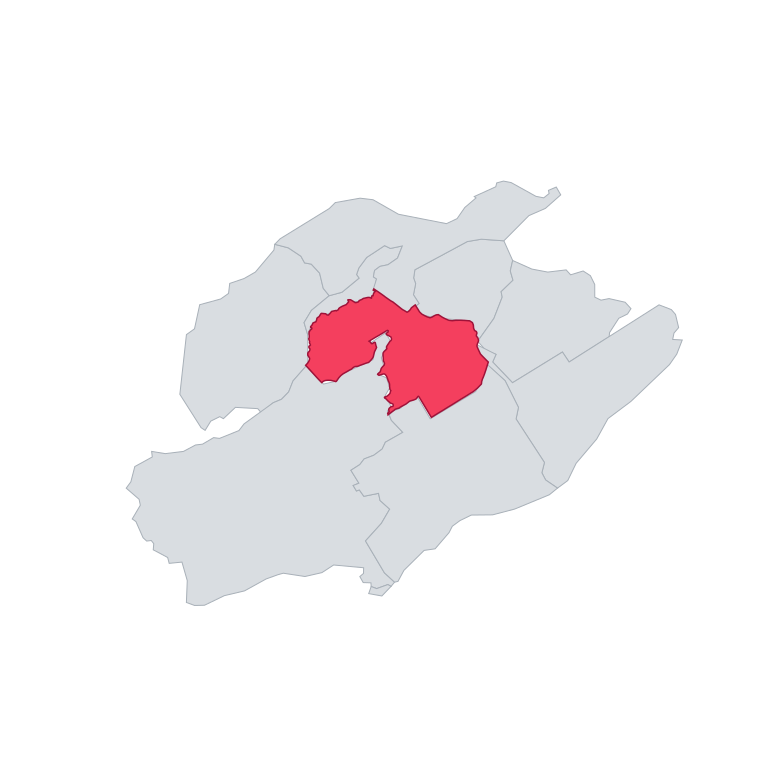 map of Zambia with United Republic of Tanzania, Democratic Republic of the Congo, Zimbabwe and 5 others greyed out, rotated 239°
{"feature_id": "ZMB", "entity_name": "Zambia", "entity_type": "country or territory", "adm_level": 0, "iso_a3": "ZMB", "parent_name": "Africa", "parent_adm1": "", "projection": "equal_earth", "projection_center": [28.807, -13.118], "detail": "fine", "context": "with_neighbors", "style": "filled", "palette": "rose", "viewbox_px": 768, "rotation_deg": 239, "n_neighbors": 8, "source": "natural_earth", "source_scale": "50m", "svg_char_len": 9281}
<svg xmlns="http://www.w3.org/2000/svg" viewBox="0 0 768 768"><g transform="rotate(239 384 384)"><path d="M480.3,203.7L528.1,240.1L528.9,250.0L546.9,266.9L541.0,287.8L541.7,297.4L549.7,303.6L546.5,318.2L546.2,331.4L555.5,358.6L560.0,362.3L550.0,372.1L536.2,378.6L528.7,378.3L524.2,383.4L512.2,385.9L497.3,381.2L487.9,382.5L484.5,359.7L477.8,347.1L465.6,344.0L440.3,328.9L433.5,307.6L426.3,298.2L423.7,288.3L425.0,279.5L422.7,263.9L427.9,263.1L440.5,244.6L437.0,228.5L440.6,226.4L441.4,216.4L436.4,206.8L440.8,204.7L480.3,203.7Z" fill="#d9dde1" stroke="#a8b0b8" stroke-width="1"/><path d="M421.9,243.5L425.0,279.5L423.7,288.3L426.3,298.2L433.5,307.6L440.3,328.9L435.3,327.2L415.1,332.1L411.6,342.9L414.4,350.3L410.6,387.1L422.7,396.7L426.1,393.6L427.1,411.7L417.6,411.6L407.9,395.2L398.3,392.8L395.5,384.0L387.9,389.3L377.9,387.0L373.7,379.4L359.9,378.2L359.2,373.0L349.1,371.6L332.9,375.2L333.4,355.2L329.2,348.9L328.2,338.5L330.0,328.4L327.4,321.8L327.1,311.2L311.9,311.4L312.9,305.3L306.5,305.3L305.9,308.3L298.1,308.9L293.1,323.0L286.2,320.6L273.8,324.4L265.9,310.0L259.0,287.3L221.9,287.1L208.7,291.0L206.9,285.8L210.1,284.0L212.4,272.3L217.0,268.7L220.3,270.4L224.5,263.9L231.4,264.1L232.2,268.9L237.0,271.9L254.8,247.6L254.3,233.6L259.7,217.1L273.7,200.2L275.2,194.7L277.6,182.6L278.5,157.9L284.8,138.2L286.8,116.2L291.7,107.6L298.5,102.1L316.8,114.1L335.4,119.1L340.9,107.5L346.7,109.2L360.7,100.8L365.7,104.4L369.7,103.9L371.6,99.7L376.3,98.3L393.8,100.5L398.0,98.7L405.6,112.7L411.3,114.7L427.5,109.4L430.5,116.6L441.6,127.9L440.8,147.8L445.9,150.1L437.0,160.6L429.5,177.4L428.8,191.0L425.9,197.5L425.8,210.3L422.1,215.0L418.8,235.7L421.9,243.5Z" fill="#d9dde1" stroke="#a8b0b8" stroke-width="1"/><path d="M445.0,560.5L423.6,557.9L415.9,550.5L406.5,548.0L402.8,531.9L397.6,530.1L383.6,512.0L372.4,486.3L394.3,489.6L411.8,465.3L416.3,464.0L417.8,458.2L424.8,451.6L434.2,449.3L435.0,455.5L445.3,455.2L453.7,462.8L459.6,464.0L466.0,469.3L463.2,528.7L458.0,542.0L445.0,560.5Z" fill="#d9dde1" stroke="#a8b0b8" stroke-width="1"/><path d="M423.6,557.9L406.4,569.9L395.6,582.0L388.0,598.9L381.5,600.2L378.3,612.9L370.6,616.7L360.8,615.9L349.9,609.4L344.1,613.2L341.3,620.9L329.9,632.8L321.4,634.5L318.6,628.8L319.4,619.1L311.9,603.8L308.6,601.4L307.5,554.0L319.5,553.4L318.9,494.8L346.9,488.5L351.7,495.3L359.5,488.8L372.4,486.3L383.6,512.0L397.6,530.1L402.8,531.9L406.5,548.0L415.9,550.5L423.6,557.9Z" fill="#d9dde1" stroke="#a8b0b8" stroke-width="1"/><path d="M307.5,554.0L310.2,660.5L299.8,668.6L293.5,669.7L280.6,665.6L278.3,658.8L273.5,654.4L268.1,662.3L258.8,650.3L253.6,638.7L241.9,586.6L239.0,558.2L227.3,538.0L217.1,507.9L206.6,491.8L205.4,479.1L218.5,473.1L226.6,473.6L234.1,481.1L286.0,479.2L294.7,487.2L324.5,489.5L357.1,479.0L365.2,480.0L370.0,483.7L351.7,495.3L346.9,488.5L318.9,494.8L319.5,553.4L307.5,554.0Z" fill="#d9dde1" stroke="#a8b0b8" stroke-width="1"/><path d="M465.6,344.0L477.8,347.1L484.5,359.7L487.9,382.5L484.3,395.3L487.6,417.1L491.9,416.8L496.4,422.2L501.4,434.3L502.3,455.8L496.9,459.3L492.9,470.8L485.0,460.5L484.2,448.8L486.9,441.1L486.2,434.4L481.3,430.1L477.9,431.7L464.3,419.3L468.2,403.8L472.1,397.9L469.8,384.0L474.6,365.8L471.4,351.5L465.6,344.0Z" fill="#d9dde1" stroke="#a8b0b8" stroke-width="1"/><path d="M487.9,382.5L497.3,381.2L512.2,385.9L524.2,383.4L528.7,378.3L536.2,378.6L550.0,372.1L560.0,362.3L562.0,369.8L562.6,427.5L564.6,435.7L555.6,459.2L547.6,469.5L522.1,483.8L489.3,520.1L488.1,531.8L493.7,544.2L496.1,558.7L498.2,557.9L495.5,581.4L498.3,584.2L496.4,590.9L491.2,596.7L466.6,610.9L461.3,616.8L462.2,623.6L465.3,624.7L464.1,633.1L455.1,632.9L451.4,612.9L453.7,594.9L445.0,560.5L458.0,542.0L463.2,528.7L466.0,469.3L459.6,464.0L453.7,462.8L445.3,455.2L435.0,455.5L433.1,437.4L470.8,423.7L477.9,431.7L481.3,430.1L486.2,434.4L486.9,441.1L484.2,448.8L485.0,460.5L492.9,470.8L496.9,459.3L502.3,455.8L501.4,434.3L496.4,422.2L491.9,416.8L487.6,417.1L484.3,395.3L487.9,382.5Z" fill="#d9dde1" stroke="#a8b0b8" stroke-width="1"/><path d="M217.0,268.7L212.4,272.3L210.1,284.0L206.9,285.8L203.4,273.0L212.2,262.9L217.0,268.7ZM208.7,291.0L221.9,287.1L259.0,287.3L265.9,310.0L273.8,324.4L286.2,320.6L293.1,323.0L298.1,308.9L305.9,308.3L306.5,305.3L312.9,305.3L311.9,311.4L327.1,311.2L327.4,321.8L330.0,328.4L328.2,338.5L329.2,348.9L333.4,355.2L332.9,375.2L349.1,371.6L354.8,372.6L356.2,377.8L354.8,385.9L357.1,393.8L355.2,400.1L356.3,405.9L330.4,405.7L330.4,458.8L347.1,482.8L324.5,489.5L294.7,487.2L286.0,479.2L234.1,481.1L226.6,473.6L218.5,473.1L205.4,479.1L203.9,468.7L209.5,431.6L215.9,409.7L226.7,391.3L227.8,378.8L226.9,369.3L223.1,363.2L216.4,342.9L220.7,332.7L214.0,305.1L207.6,294.3L208.7,291.0Z" fill="#d9dde1" stroke="#a8b0b8" stroke-width="1"/><path d="M435.7,451.5L433.9,451.5L430.7,451.6L427.5,451.6L424.5,452.4L422.0,453.8L419.0,455.8L418.1,456.7L417.3,457.3L416.9,458.1L416.6,459.9L416.6,462.6L416.3,464.5L415.5,466.3L411.0,468.5L408.1,470.3L405.2,472.4L403.1,475.1L401.6,478.4L399.1,482.6L396.7,486.2L394.0,490.0L391.1,491.4L388.6,491.0L385.6,489.5L383.2,489.2L381.4,490.2L379.8,489.9L378.3,488.3L377.0,487.8L376.0,488.2L374.7,488.1L372.3,487.3L370.2,484.6L369.1,483.5L368.3,483.1L365.8,482.7L360.1,482.1L359.6,482.2L357.2,482.7L354.3,483.4L351.8,484.0L349.1,484.7L346.7,482.0L343.8,478.8L340.9,475.4L338.7,472.6L337.6,471.0L335.7,468.9L334.3,467.9L333.8,467.4L332.3,461.9L331.5,456.7L331.5,452.9L331.4,447.5L331.4,442.2L331.3,436.8L331.2,431.5L331.2,426.1L331.1,420.8L331.1,415.4L331.0,410.0L331.0,407.4L333.9,407.4L337.1,407.4L340.5,407.4L344.2,407.4L347.9,407.4L351.6,407.4L354.2,407.4L354.9,407.4L355.7,407.2L355.8,406.7L354.7,404.0L354.7,403.1L355.0,401.3L355.4,399.7L356.0,397.7L356.0,396.5L355.5,392.6L355.6,390.4L355.7,388.1L355.8,386.0L355.6,384.5L355.8,383.7L356.2,382.5L356.4,381.2L356.6,380.6L356.5,380.1L356.3,379.1L356.1,376.9L355.8,373.8L355.5,371.6L356.0,371.8L356.9,372.0L357.4,373.0L357.7,374.2L358.3,374.3L359.9,375.0L360.5,376.0L360.9,378.1L360.7,379.2L360.2,380.0L360.7,380.8L361.8,381.3L362.5,381.2L364.3,379.7L365.1,379.5L366.0,379.2L366.9,378.8L369.4,378.2L370.8,377.9L371.5,377.4L372.1,377.4L372.5,377.8L372.1,379.3L372.0,380.6L372.5,383.1L372.9,384.3L373.7,385.1L374.2,385.6L374.9,386.5L376.2,386.3L379.2,387.6L380.1,388.2L381.3,388.8L382.2,389.0L385.2,389.4L386.4,389.7L388.4,390.1L390.1,390.2L391.3,390.0L392.1,389.7L392.6,389.2L392.8,388.9L393.2,387.7L393.8,385.0L394.0,384.2L394.7,383.8L395.5,383.5L395.9,384.0L396.4,387.0L398.8,389.7L399.6,391.9L400.1,393.9L400.6,394.4L401.5,395.1L402.9,395.3L404.2,395.4L406.8,396.8L408.9,397.9L410.4,398.7L411.1,399.3L411.6,400.3L411.9,401.1L412.3,403.1L412.8,404.6L413.6,404.9L414.4,405.1L415.1,406.1L415.6,407.1L416.7,409.4L417.5,411.0L417.7,412.5L418.6,413.6L419.8,414.0L420.9,414.1L421.6,413.6L423.2,412.8L424.4,411.9L425.3,411.6L425.9,411.7L426.3,412.4L426.5,413.6L426.5,414.3L427.4,415.0L428.1,414.7L428.3,414.0L428.3,413.6L428.3,410.2L428.3,407.2L428.3,404.5L428.4,401.1L428.4,398.2L428.4,395.7L428.4,393.2L427.8,393.4L427.1,393.9L425.4,394.0L424.8,394.4L424.6,395.1L424.7,395.9L424.7,397.1L424.5,397.6L423.8,397.8L422.7,397.4L420.8,396.8L419.2,396.5L418.1,394.9L416.6,392.6L415.6,391.5L413.1,389.1L412.7,388.6L412.0,387.4L411.3,385.5L411.0,384.3L410.7,383.3L410.4,381.9L411.0,379.8L411.8,375.6L412.4,372.7L412.7,370.5L413.9,368.2L414.0,366.2L413.5,363.6L413.7,362.2L413.7,358.6L413.8,355.6L413.8,354.1L413.5,351.5L412.7,348.7L410.9,344.7L410.9,343.9L412.0,342.9L413.6,341.3L414.5,340.3L415.4,338.9L415.9,338.2L416.8,336.5L417.4,335.0L417.6,333.2L417.2,331.4L418.1,331.1L421.2,330.4L424.5,329.7L428.1,329.0L431.6,328.3L435.1,327.6L438.3,326.9L440.4,326.5L440.7,327.7L441.4,329.7L442.2,331.2L443.1,332.5L444.0,333.3L444.5,333.5L447.9,333.5L449.2,334.2L450.2,335.2L450.5,336.8L451.2,337.8L452.0,338.5L452.3,338.6L452.9,338.5L453.8,338.4L454.6,338.8L455.0,339.1L455.1,340.4L455.3,341.0L456.5,341.2L457.7,341.3L458.8,342.2L460.1,342.4L461.5,342.7L462.2,343.7L463.7,344.7L465.5,345.5L466.9,346.5L467.6,347.0L467.6,347.4L467.9,348.3L468.3,348.9L468.3,349.8L468.5,350.6L469.0,350.8L469.5,350.9L469.9,350.3L470.4,350.3L471.0,350.7L471.2,351.6L471.7,352.9L472.4,353.8L472.9,354.6L472.7,356.2L472.4,357.6L473.4,359.0L474.8,360.3L475.1,360.9L475.2,362.9L475.4,363.5L476.3,365.2L476.8,366.3L476.7,366.9L474.3,370.1L473.5,370.5L472.8,370.6L472.1,371.3L471.7,372.0L471.9,372.4L472.1,373.5L472.7,375.2L473.2,376.4L472.7,378.0L471.8,380.6L471.3,380.8L471.2,382.8L471.5,383.5L472.0,384.1L472.2,385.4L472.2,387.2L472.1,388.7L471.5,392.5L472.6,395.8L472.9,396.1L474.4,396.2L474.7,396.4L474.3,397.4L473.7,398.3L473.3,398.8L471.3,399.9L468.6,401.2L468.0,402.4L467.6,404.1L467.9,405.1L468.3,405.7L468.1,407.2L467.9,408.8L468.0,410.0L467.8,411.1L467.5,411.7L467.0,413.4L466.4,415.0L465.9,415.8L465.2,416.6L464.1,417.3L464.1,417.6L465.3,418.4L465.7,418.9L465.8,419.3L465.5,419.6L465.3,420.1L465.8,420.6L466.5,421.1L467.2,422.2L467.8,423.7L467.9,424.3L468.1,424.5L468.3,424.5L468.7,424.3L469.4,423.4L470.0,423.1L470.7,424.3L468.0,425.5L466.6,426.2L462.6,428.0L459.1,429.5L458.2,429.8L456.4,430.6L455.5,431.0L452.3,432.4L451.0,433.1L449.9,433.8L447.3,434.8L444.9,435.7L442.2,436.7L439.2,437.8L437.5,438.6L436.4,439.3L433.7,440.7L433.6,441.0L433.6,441.9L433.9,443.9L434.6,445.6L435.2,446.7L435.5,449.3L435.7,451.5Z" fill="#f43f5e" stroke="#9f1239" stroke-width="1.5"/></g></svg>